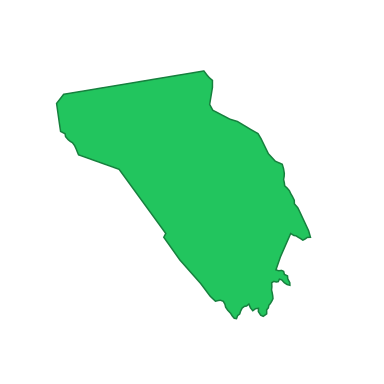 Maetinga, Bahia, Brazil, rotated 335°
{"feature_id": "56859067B22640156223333", "entity_name": "Maetinga", "entity_type": "district", "adm_level": 2, "iso_a3": "BRA", "parent_name": "Brazil", "parent_adm1": "Bahia", "projection": "equal_earth", "projection_center": [-41.494, -14.667], "detail": "fine", "context": "isolated", "style": "filled", "palette": "green", "viewbox_px": 384, "rotation_deg": 335, "n_neighbors": 0, "source": "geoboundaries", "source_scale": "gbopen_adm2", "svg_char_len": 1572}
<svg xmlns="http://www.w3.org/2000/svg" viewBox="0 0 384 384"><g transform="rotate(335 192 192)"><path d="M117.0,49.2L106.7,54.5L100.6,74.5L98.5,81.6L101.6,85.6L100.8,88.4L101.9,92.3L103.1,94.8L104.5,96.8L105.2,100.3L105.2,104.2L105.0,107.4L104.9,110.4L135.5,140.6L137.2,149.2L150.7,218.5L147.3,221.1L152.3,248.6L161.1,278.3L162.0,282.5L163.8,291.2L164.5,294.4L167.1,300.9L169.7,301.4L172.0,302.1L174.2,304.3L174.4,307.8L173.8,310.6L174.4,314.2L175.7,318.2L176.1,321.4L176.9,324.3L178.8,325.6L181.1,323.3L183.7,322.7L185.6,320.6L188.4,318.4L191.2,317.8L193.3,318.4L196.2,317.6L196.0,321.6L196.9,325.3L200.3,324.6L203.1,325.5L201.6,328.4L202.2,332.7L204.0,334.8L206.2,334.4L208.2,334.0L209.9,330.3L212.2,329.3L213.8,327.1L215.7,326.3L218.1,324.7L220.3,322.9L221.3,320.2L222.1,317.2L222.7,314.4L224.3,311.7L225.9,307.9L228.3,307.6L230.4,309.2L232.3,309.7L234.4,307.9L236.2,309.6L237.3,313.2L239.0,316.0L241.3,317.9L242.3,315.5L242.1,311.2L243.1,308.4L240.9,305.7L241.5,302.7L240.0,300.9L237.2,300.0L235.2,298.0L244.8,288.1L263.9,271.3L265.9,274.4L267.8,275.7L269.0,277.7L270.5,279.8L272.1,282.5L274.7,282.4L277.3,281.9L280.2,283.1L281.3,276.5L281.3,259.9L281.3,253.6L281.2,250.8L279.8,246.0L281.2,242.7L281.1,238.3L280.8,235.3L280.8,232.1L279.9,228.6L278.6,225.6L279.5,222.9L280.3,219.4L282.1,216.8L283.5,214.2L284.8,209.6L285.5,205.0L280.5,199.3L277.4,189.6L277.1,172.7L276.5,167.0L271.6,160.1L263.0,147.3L257.1,142.0L245.4,126.7L245.0,120.1L254.7,105.9L257.7,99.5L255.9,95.5L255.0,92.3L253.9,87.3L117.0,49.2Z" fill="#22c55e" stroke="#15803d" stroke-width="1.5"/></g></svg>